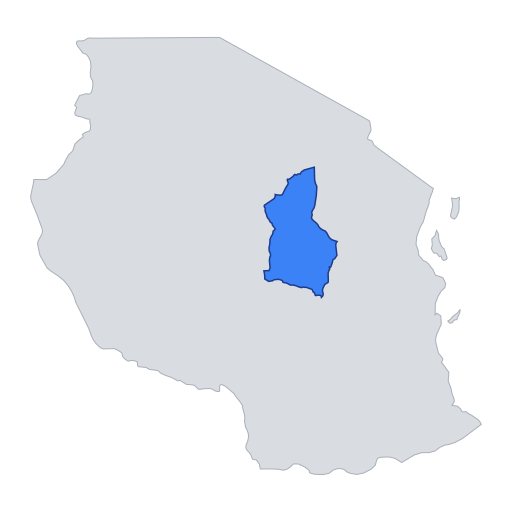 United Republic of Tanzania, with Dodoma highlighted
{"feature_id": "TZA-3385", "entity_name": "Dodoma", "entity_type": "Region", "adm_level": 1, "iso_a3": "TZA", "parent_name": "United Republic of Tanzania", "parent_adm1": "", "projection": "orthographic", "projection_center": [35.912, -5.778], "detail": "fine", "context": "in_parent", "style": "filled", "palette": "blue", "viewbox_px": 512, "rotation_deg": 0, "n_neighbors": 0, "source": "natural_earth", "source_scale": "10m", "svg_char_len": 5788}
<svg xmlns="http://www.w3.org/2000/svg" viewBox="0 0 512 512"><path d="M177.9,380.9L171.3,377.4L165.3,375.3L160.4,373.0L158.2,370.7L153.6,369.9L149.6,369.5L145.9,367.4L138.4,366.7L137.5,365.3L137.4,362.1L136.0,361.3L133.3,360.5L130.3,360.6L128.5,361.1L127.5,360.8L125.0,359.0L122.7,356.7L121.8,352.9L118.3,350.5L114.3,348.6L103.3,348.9L101.5,348.3L98.9,346.5L95.8,343.3L93.3,339.8L91.0,334.9L88.7,328.3L75.7,302.1L74.3,297.2L71.8,291.7L67.6,284.9L63.3,280.0L57.4,275.4L50.7,271.0L47.1,267.9L40.1,255.6L38.7,249.8L37.6,243.8L38.0,241.4L42.1,233.6L42.5,231.4L42.0,228.5L39.8,222.3L37.1,214.9L31.5,201.3L30.7,197.9L30.8,195.3L33.8,181.4L33.8,179.5L46.5,179.6L55.8,173.4L63.8,164.3L65.4,160.5L68.7,154.6L71.9,151.7L73.1,149.7L75.0,143.9L79.2,139.9L83.3,136.8L82.5,134.7L83.1,133.9L85.3,132.4L89.7,130.9L90.6,127.9L90.5,124.4L89.8,122.5L89.9,120.3L89.3,119.1L86.4,118.8L82.1,117.1L78.5,116.4L76.0,115.5L75.1,114.7L74.8,112.6L76.7,107.3L74.7,105.2L79.1,96.4L79.9,95.3L81.6,95.1L84.1,94.2L86.5,93.7L88.4,94.1L89.9,93.7L91.1,92.7L92.2,89.7L93.0,84.7L92.5,80.6L90.7,77.5L90.2,72.8L91.0,66.4L90.4,61.1L88.3,56.8L86.2,54.3L83.0,53.1L78.0,46.7L76.4,43.6L76.7,41.6L78.4,40.8L81.6,41.0L84.6,40.2L87.5,38.4L90.2,37.9L91.6,38.2L219.5,37.4L369.2,120.7L369.8,121.7L371.0,128.9L370.7,131.3L368.4,135.5L367.7,137.7L367.7,139.2L368.3,139.7L370.2,140.0L371.9,141.0L372.5,141.7L373.8,144.9L375.4,146.4L432.0,187.7L433.3,188.3L432.4,191.7L429.2,200.0L429.0,203.5L427.7,207.6L426.5,210.3L423.2,222.0L420.5,226.4L416.7,236.6L416.0,244.5L418.1,250.0L418.8,255.2L423.1,260.3L426.6,262.1L428.9,264.4L433.1,269.8L435.4,275.1L442.9,277.7L445.8,283.7L444.7,287.8L441.2,291.1L437.9,296.6L435.3,303.8L435.1,314.8L436.9,313.2L440.8,315.9L441.3,324.0L437.1,333.4L435.8,337.8L435.6,341.6L438.4,353.0L442.9,358.7L442.5,360.5L441.3,362.0L448.9,372.3L448.2,381.1L450.9,388.0L452.1,394.0L454.0,398.6L454.3,401.8L451.9,405.3L457.5,406.2L460.7,409.1L462.2,411.8L466.2,411.7L468.4,413.6L471.5,415.2L478.3,419.8L480.2,422.2L481.3,424.4L462.1,438.7L455.1,442.4L450.2,444.1L444.9,445.1L439.9,447.3L435.2,450.9L429.1,452.6L421.8,452.6L414.0,455.1L401.8,462.5L394.8,458.3L389.3,457.0L382.9,457.1L379.0,457.6L377.6,458.5L376.4,461.0L375.3,465.2L371.1,469.2L363.7,473.0L357.0,474.4L350.8,473.5L346.6,471.8L344.4,469.6L341.2,468.6L337.0,468.7L332.9,470.3L329.0,473.3L322.8,474.6L314.3,474.2L309.7,472.8L309.0,470.3L305.3,467.3L298.5,464.0L293.4,463.9L290.2,467.1L287.2,469.1L284.6,470.0L282.2,470.1L278.7,469.2L269.3,468.9L260.3,469.0L259.4,464.4L257.6,461.5L256.0,459.8L252.9,459.4L252.0,458.1L251.0,455.2L249.4,452.7L247.4,450.7L246.2,448.8L245.8,447.0L246.1,445.1L247.9,440.3L248.5,437.1L248.3,433.7L247.2,430.3L245.1,426.2L245.3,425.0L244.6,422.2L244.5,420.3L244.9,417.8L244.5,414.6L242.6,407.8L242.6,406.0L240.7,402.7L234.7,394.9L234.4,393.9L225.0,386.0L221.2,384.3L219.9,385.8L219.4,387.1L219.8,389.7L219.6,390.9L219.2,391.5L217.0,391.4L215.6,391.1L212.0,389.0L209.3,388.5L202.4,388.9L200.0,389.4L198.1,389.0L194.5,385.3L190.2,384.6L186.4,384.4L180.0,380.3L177.9,380.9ZM444.1,248.9L447.1,257.7L446.7,259.3L444.5,260.3L443.4,260.4L442.0,259.0L441.1,256.0L439.4,256.7L436.6,253.2L433.8,253.0L431.3,248.8L432.3,245.1L431.8,238.9L434.9,235.7L436.6,230.4L438.5,234.1L438.9,239.8L441.5,246.5L444.1,248.9ZM459.4,197.2L459.6,199.3L459.0,201.2L459.1,207.4L458.8,211.5L456.4,217.1L454.5,219.1L452.9,218.5L451.5,217.6L450.4,216.0L452.7,205.6L451.6,198.0L455.9,198.8L459.4,197.2ZM452.2,322.7L450.0,323.2L449.2,322.7L447.8,321.0L450.2,319.5L452.5,316.7L457.8,312.6L460.2,309.3L459.8,312.5L456.8,319.6L454.3,320.0L452.2,322.7Z" fill="#d9dde1" stroke="#a8b0b8" stroke-width="1"/><path d="M337.1,241.5L335.9,243.4L335.8,245.8L336.9,255.4L334.7,258.7L333.0,259.6L332.0,263.6L331.2,265.6L330.9,266.5L330.5,267.2L329.9,267.1L329.3,267.0L329.2,267.6L329.6,268.3L329.7,269.3L329.0,270.2L328.1,273.2L328.3,280.6L328.1,282.4L324.7,284.5L323.0,288.1L322.5,289.9L322.7,291.9L323.2,293.9L322.9,295.8L321.4,297.4L321.2,296.4L321.0,295.8L320.3,295.4L319.3,295.2L317.4,295.2L316.3,295.5L315.8,295.6L315.3,295.3L315.1,295.0L315.0,294.2L314.9,293.9L314.6,293.6L314.2,292.6L313.9,292.3L313.3,292.0L313.0,291.8L312.7,290.9L312.4,290.0L311.9,289.3L311.0,289.0L310.2,288.8L306.5,287.4L306.0,287.3L305.1,287.4L304.6,287.3L304.3,287.2L303.7,287.0L301.4,287.6L300.5,287.4L298.9,286.9L298.2,286.7L297.6,286.5L296.9,286.0L296.5,285.9L292.9,285.0L291.6,285.1L290.2,285.0L287.3,283.4L285.3,282.7L283.4,282.5L282.8,282.1L282.8,281.5L282.3,280.6L281.4,280.2L279.5,279.5L277.5,279.3L276.2,279.6L274.8,279.6L273.6,279.9L272.8,280.7L268.7,281.4L264.8,279.0L264.6,274.7L263.9,270.8L269.0,270.6L270.1,267.9L269.4,260.9L269.8,257.2L270.5,255.9L270.5,254.4L270.1,252.8L269.3,251.4L269.0,247.8L269.8,244.1L270.0,239.4L271.4,236.0L272.5,234.5L272.9,232.9L273.1,231.2L274.3,230.1L275.2,229.1L274.7,227.9L273.4,226.5L272.3,224.8L272.2,224.0L272.1,223.3L271.7,223.2L271.4,223.0L270.9,222.4L270.3,222.1L269.6,220.9L269.1,219.6L268.0,218.4L267.1,217.0L266.4,214.3L265.7,212.7L265.1,211.0L265.2,209.5L265.1,208.0L264.2,206.6L264.4,205.2L274.4,198.4L274.7,197.3L275.4,196.0L275.2,194.5L275.8,194.6L276.3,194.8L280.0,195.2L282.1,194.8L283.0,193.4L285.8,187.7L287.9,184.4L288.3,182.8L287.6,181.4L287.3,180.7L287.3,180.0L287.4,179.3L287.8,179.1L288.7,179.5L291.9,177.3L293.7,175.6L294.1,174.9L294.8,174.4L295.5,174.7L296.2,175.1L297.1,174.6L298.1,173.9L300.2,174.0L301.4,171.9L301.9,171.5L302.9,171.0L304.1,170.0L314.3,167.2L314.6,179.3L315.0,181.6L315.6,183.8L316.6,185.9L316.8,187.2L316.3,195.5L314.8,205.4L313.9,208.2L312.6,210.2L311.7,212.4L312.2,215.0L311.5,217.3L312.0,219.2L313.6,220.8L315.7,222.5L317.6,224.4L318.7,226.5L320.2,228.3L322.6,229.9L325.3,231.1L326.9,233.1L328.1,235.5L329.5,237.8L331.6,239.6L334.3,240.6L337.1,241.5Z" fill="#3b82f6" stroke="#1e3a8a" stroke-width="1.5"/></svg>